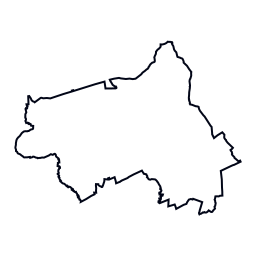 Tibana, Iasi, Romania
{"feature_id": "2599482B79460431929745", "entity_name": "Tibana", "entity_type": "district", "adm_level": 2, "iso_a3": "ROU", "parent_name": "Romania", "parent_adm1": "Iasi", "projection": "equal_earth", "projection_center": [27.326, 46.993], "detail": "fine", "context": "isolated", "style": "outline", "palette": "ink", "viewbox_px": 256, "rotation_deg": 0, "n_neighbors": 0, "source": "geoboundaries", "source_scale": "gbopen_adm2", "svg_char_len": 5789}
<svg xmlns="http://www.w3.org/2000/svg" viewBox="0 0 256 256"><path d="M240.6,161.7L240.1,160.6L238.5,161.4L238.0,160.9L235.5,158.7L234.6,158.1L234.4,157.2L232.2,154.9L231.9,154.1L232.2,153.6L231.7,151.7L230.8,150.7L230.5,150.0L232.0,148.9L232.9,147.8L227.6,142.7L226.2,140.9L226.0,140.0L225.4,139.6L224.4,138.1L224.2,137.3L224.4,134.7L222.3,132.3L217.5,135.3L214.0,138.1L213.3,136.6L213.2,136.1L212.8,135.8L212.5,134.9L212.2,134.5L212.1,132.7L211.6,126.9L210.5,125.7L204.6,116.5L203.4,115.3L199.9,110.7L199.0,108.8L198.6,106.9L197.8,106.5L195.6,106.2L192.1,104.8L190.2,104.4L190.2,104.1L189.9,103.8L190.0,103.6L189.8,103.2L189.9,102.7L189.6,101.5L189.3,101.1L189.1,100.5L189.3,100.1L188.9,99.4L189.0,98.5L188.8,98.1L189.1,95.0L189.2,92.2L189.8,88.4L189.9,87.3L189.7,86.6L190.0,86.2L190.0,85.2L189.5,81.3L189.7,79.9L190.1,78.9L190.3,78.8L191.2,75.8L191.2,75.0L191.1,72.3L191.3,72.0L189.1,69.1L187.0,65.8L183.7,62.7L183.6,62.2L183.7,61.7L183.2,60.2L182.5,58.8L182.1,58.5L180.8,58.1L180.1,57.7L177.5,56.9L177.3,56.4L176.3,52.3L174.7,50.6L174.0,49.2L173.4,46.4L173.1,45.7L172.3,44.6L171.8,43.2L172.3,43.2L172.3,42.6L172.1,42.2L170.5,41.9L168.4,41.9L167.8,41.7L166.2,43.1L164.6,43.9L162.3,44.5L160.6,44.4L160.6,46.5L160.3,47.2L158.6,49.0L157.7,49.5L156.0,51.7L156.0,52.8L155.7,54.3L155.0,55.6L154.3,57.3L154.4,57.5L154.8,60.3L154.7,61.6L154.5,61.8L154.1,62.1L152.2,62.7L150.5,64.2L149.5,65.6L149.4,66.1L148.5,67.2L148.5,67.6L147.7,68.8L146.6,69.4L144.8,71.0L142.7,72.5L141.7,73.6L141.4,74.2L135.6,78.7L132.7,79.1L129.6,78.6L125.9,79.0L120.8,78.4L119.0,77.9L114.0,78.7L109.8,79.7L110.3,80.9L111.8,83.3L112.6,84.8L115.1,86.6L115.9,86.5L116.4,87.4L116.3,88.1L115.5,88.4L105.5,88.5L104.5,81.6L94.9,84.3L73.5,91.0L73.2,90.2L72.1,90.5L72.5,91.3L63.5,94.0L50.3,98.4L46.9,98.0L43.2,98.3L41.6,97.8L40.7,97.9L34.7,102.3L34.2,101.8L33.0,101.4L31.7,100.4L30.7,98.2L29.2,96.0L28.2,96.2L28.5,104.2L26.5,104.3L26.8,105.6L27.1,105.5L27.4,105.6L27.6,106.2L27.2,107.3L27.2,108.0L27.1,108.4L26.7,108.6L25.9,108.2L25.5,108.9L26.3,112.3L26.2,112.6L25.4,114.1L25.3,115.2L25.4,116.2L25.2,117.0L25.4,118.0L25.8,118.3L26.0,119.2L25.8,120.3L25.4,120.9L26.2,123.0L27.3,122.6L28.5,122.9L29.3,123.4L28.5,123.8L28.9,124.1L30.6,124.1L31.1,125.7L33.2,125.9L33.1,128.4L32.7,129.1L30.7,129.6L28.7,131.0L28.0,131.0L27.3,131.3L25.6,131.2L24.1,131.4L23.3,131.9L21.8,133.1L19.8,136.0L18.0,137.6L16.8,139.3L16.4,140.4L15.9,143.2L15.9,144.8L15.4,147.3L15.5,148.3L16.0,149.6L16.0,151.1L17.1,151.8L17.6,153.0L17.9,153.4L20.3,154.4L21.5,155.5L22.7,156.2L23.6,157.1L24.1,157.4L27.3,157.3L30.0,156.9L30.2,157.8L32.5,157.1L32.9,156.7L33.9,156.7L35.9,157.6L37.3,157.8L37.6,158.2L39.3,157.9L39.9,158.0L42.1,157.5L44.0,157.6L48.8,155.5L50.8,154.2L51.6,154.4L52.3,154.8L53.4,154.6L54.0,154.0L54.7,153.8L55.0,153.9L55.7,154.6L56.0,156.1L56.3,156.7L58.7,158.6L58.8,158.9L58.3,159.3L58.4,159.6L58.8,159.6L59.1,159.9L59.3,161.7L59.0,161.9L59.0,162.1L59.2,162.5L57.9,162.8L57.8,163.0L58.0,163.6L57.9,164.1L57.7,164.5L57.6,166.1L58.6,166.3L59.1,166.2L59.7,166.6L60.0,167.4L59.9,168.1L59.2,168.2L58.9,169.4L58.4,169.9L58.3,171.0L58.3,171.7L58.8,172.9L58.7,173.3L58.5,173.6L57.7,173.8L57.7,174.1L58.4,174.5L58.8,175.8L58.9,175.5L59.1,175.6L59.0,176.6L58.5,176.8L58.6,177.2L58.8,177.5L59.3,177.7L59.2,177.9L59.4,178.8L60.8,180.7L60.2,181.1L60.6,181.6L61.4,182.1L61.7,182.6L62.2,182.9L62.8,183.4L64.3,183.8L66.0,185.3L66.3,185.8L67.0,185.7L67.0,186.0L67.3,185.9L67.6,186.1L67.6,186.4L67.8,186.6L68.0,186.4L68.3,186.6L68.1,187.2L68.2,187.3L68.4,187.2L68.6,186.8L68.9,186.6L70.4,187.1L71.6,188.3L71.7,189.2L72.3,188.8L72.5,189.0L72.3,189.2L72.7,189.4L73.0,189.3L73.1,189.6L72.9,189.8L73.2,190.2L72.8,190.5L73.5,191.1L74.2,191.1L74.5,191.8L74.9,192.0L75.9,191.9L75.9,192.5L76.9,193.4L77.3,194.6L77.2,195.0L77.4,195.3L77.6,195.0L77.9,195.0L78.3,195.3L78.5,195.7L77.8,195.7L77.6,195.9L77.8,196.5L78.5,196.8L78.4,197.0L78.6,197.4L78.2,197.7L78.3,197.8L79.4,198.3L79.5,198.7L79.3,199.3L79.4,199.6L80.3,199.9L80.7,200.6L80.9,201.3L80.8,201.9L86.1,199.1L91.4,195.8L94.6,194.3L94.2,192.6L96.2,192.7L96.0,190.8L96.2,188.4L95.9,185.5L96.0,184.1L98.1,184.2L98.0,184.6L99.1,185.6L100.4,186.4L101.2,186.5L101.6,187.0L102.3,186.9L103.1,185.1L103.3,184.4L104.3,181.4L104.4,179.1L107.6,179.5L108.0,178.3L109.1,177.9L109.4,179.4L114.6,177.2L115.8,181.5L116.1,183.3L120.2,181.7L120.6,181.2L121.4,180.9L121.6,180.6L127.6,178.0L128.6,177.1L133.7,174.4L141.9,170.6L143.0,172.5L143.5,173.0L143.7,173.7L144.0,173.9L145.8,174.1L146.4,174.4L146.6,175.3L147.2,175.9L147.3,176.7L147.0,177.2L148.2,178.4L148.6,179.2L150.1,179.7L151.7,179.1L155.0,179.4L155.6,179.7L156.8,180.9L157.4,181.9L157.9,182.3L158.9,184.3L160.3,186.4L160.4,187.5L160.8,188.1L160.8,188.4L160.2,188.8L160.2,189.2L160.9,189.6L161.4,190.3L161.4,190.7L161.1,191.4L160.8,191.6L160.5,192.6L160.1,192.7L159.6,192.5L159.3,192.6L159.2,193.2L159.5,193.9L159.5,194.5L161.5,194.7L161.9,194.4L162.9,194.5L162.5,195.7L160.8,196.0L160.4,196.6L160.4,196.8L161.0,197.3L160.9,198.8L159.2,198.6L159.2,198.8L159.7,199.3L160.3,200.3L160.2,200.9L159.9,201.1L158.9,201.0L158.5,201.2L158.5,202.4L159.6,203.2L168.6,199.6L168.3,206.4L174.7,204.5L175.6,206.8L176.2,208.9L183.7,204.8L186.4,203.9L187.2,202.1L188.9,199.6L190.9,199.0L192.6,199.5L193.1,198.8L202.2,202.1L200.7,207.2L199.8,210.1L199.4,212.0L199.0,212.9L199.1,213.7L199.4,214.3L199.9,213.9L200.5,213.9L201.3,213.6L202.9,212.4L203.6,212.6L204.3,212.1L205.0,212.5L206.2,212.5L206.7,212.3L207.7,211.6L208.7,210.4L210.8,211.8L211.3,212.0L212.3,211.8L213.4,210.2L215.0,208.6L214.5,206.8L215.2,205.8L215.7,203.0L215.3,202.4L215.1,200.6L214.6,199.7L215.0,198.8L215.4,196.4L216.6,196.3L218.8,196.4L219.8,195.8L222.4,195.6L222.3,193.9L222.3,191.9L222.0,187.3L221.8,179.5L220.8,170.9L231.7,165.7L233.4,165.0L234.0,164.9L240.6,161.7Z" fill="none" stroke="#020617" stroke-width="2"/></svg>